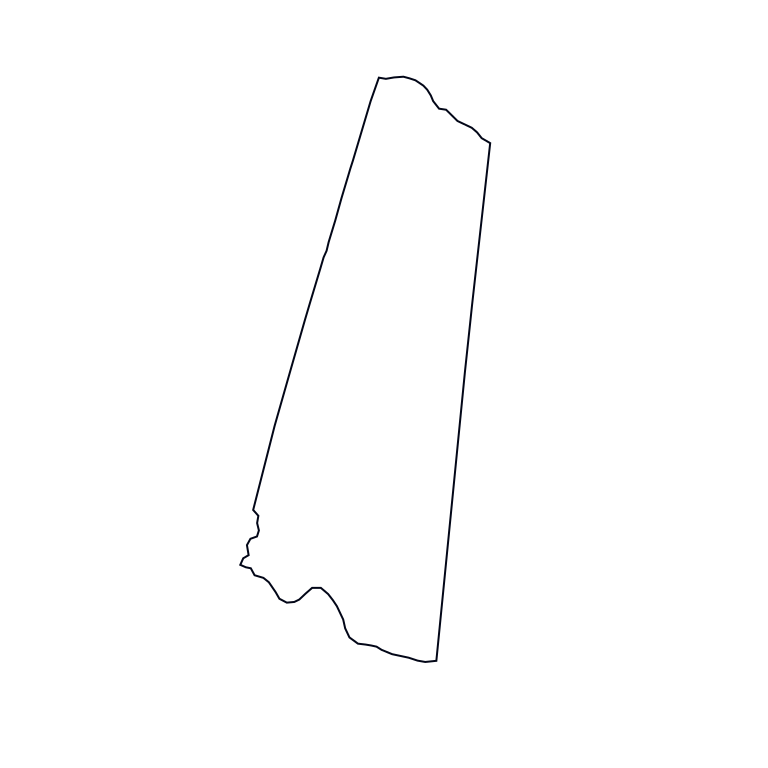 the district of Terra Boa, Paraná, Brazil, rotated 148°
{"feature_id": "56859067B60160327815243", "entity_name": "Terra Boa", "entity_type": "district", "adm_level": 2, "iso_a3": "BRA", "parent_name": "Brazil", "parent_adm1": "Paraná", "projection": "mercator", "projection_center": [-52.372, -23.695], "detail": "fine", "context": "isolated", "style": "outline", "palette": "ink", "viewbox_px": 768, "rotation_deg": 148, "n_neighbors": 0, "source": "geoboundaries", "source_scale": "gbopen_adm2", "svg_char_len": 1078}
<svg xmlns="http://www.w3.org/2000/svg" viewBox="0 0 768 768"><g transform="rotate(148 384 384)"><path d="M226.0,646.5L245.4,631.0L291.9,590.0L298.3,584.6L304.3,579.3L321.5,564.2L338.8,548.4L355.7,533.7L362.1,527.4L368.1,523.4L377.1,515.4L403.8,492.0L416.8,480.5L454.8,446.3L498.9,406.5L561.7,346.5L560.4,338.8L565.3,333.3L567.7,326.1L572.5,322.0L579.3,323.5L585.6,320.0L589.5,310.6L595.7,310.8L601.7,306.8L598.3,301.8L594.6,298.3L595.1,290.4L589.0,283.5L586.7,276.9L586.2,264.8L586.5,257.3L582.3,250.1L575.6,246.7L570.1,246.1L561.6,247.8L553.0,249.2L545.6,244.6L542.7,235.5L541.9,227.7L541.7,220.5L543.4,205.9L546.4,197.4L547.6,187.4L543.7,177.6L537.7,172.8L533.4,169.0L529.5,165.2L526.9,159.8L520.3,150.6L508.1,138.8L502.1,131.6L496.3,126.4L486.3,121.5L308.7,351.7L278.9,389.7L267.4,404.4L166.3,532.0L170.9,540.7L171.7,548.0L173.8,554.8L179.1,563.1L182.3,568.1L183.5,573.2L186.0,583.7L191.4,588.3L192.4,597.8L191.4,603.9L191.4,610.7L192.5,616.2L196.4,624.9L200.4,629.7L204.7,634.3L213.1,638.7L220.7,641.8L226.0,646.5Z" fill="none" stroke="#020617" stroke-width="2"/></g></svg>